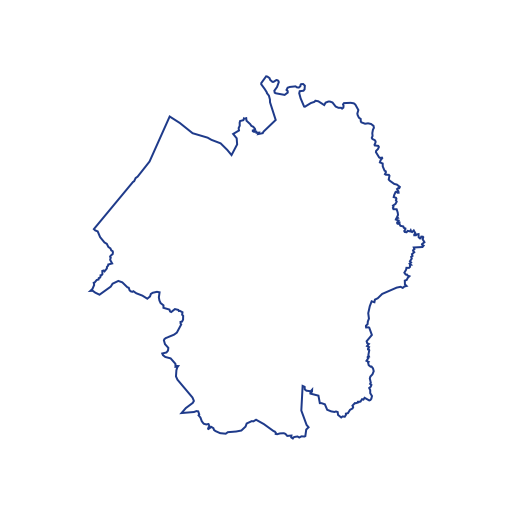 outline of Jolalpan, Puebla, Mexico, rotated 112°
{"feature_id": "50627088B30927628561887", "entity_name": "Jolalpan", "entity_type": "district", "adm_level": 2, "iso_a3": "MEX", "parent_name": "Mexico", "parent_adm1": "Puebla", "projection": "mercator", "projection_center": [-98.941, 18.299], "detail": "fine", "context": "isolated", "style": "outline", "palette": "blue", "viewbox_px": 512, "rotation_deg": 112, "n_neighbors": 0, "source": "geoboundaries", "source_scale": "gbopen_adm2", "svg_char_len": 6087}
<svg xmlns="http://www.w3.org/2000/svg" viewBox="0 0 512 512"><g transform="rotate(112 256 256)"><path d="M94.8,315.5L97.9,310.5L100.3,307.2L100.9,306.9L102.5,304.1L105.7,301.7L108.2,300.6L122.5,288.7L137.8,295.6L139.6,295.8L142.1,299.6L140.5,299.5L141.6,301.7L140.6,302.3L141.6,304.3L141.5,305.7L140.8,306.0L139.2,304.1L138.4,304.7L137.2,307.0L137.1,309.0L135.9,310.8L134.1,315.5L131.9,316.7L133.1,318.3L133.0,318.7L134.8,318.6L136.8,321.3L138.5,321.1L141.3,319.9L143.9,320.0L146.0,318.8L151.4,322.9L154.1,318.0L159.6,315.3L171.6,316.5L168.4,322.4L164.8,331.0L165.0,340.8L164.4,345.2L165.9,360.8L161.2,376.5L159.0,388.3L208.3,390.1L226.8,395.5L228.8,396.8L232.3,397.0L233.4,397.8L291.8,416.4L292.5,414.7L292.5,412.0L296.9,407.6L300.2,401.6L300.6,398.9L302.9,396.3L303.5,393.8L305.0,392.3L305.2,390.8L306.0,390.1L307.9,389.6L310.3,390.9L311.4,391.0L311.9,390.1L314.2,389.8L316.8,386.6L319.2,389.8L320.3,389.5L322.0,390.1L323.4,389.6L327.0,390.7L326.5,391.8L327.4,392.9L330.4,391.6L331.6,392.0L332.1,392.9L333.7,392.4L334.8,392.7L335.4,393.5L336.8,393.2L337.9,394.7L341.1,395.7L341.6,396.4L343.5,395.2L347.8,395.3L350.4,396.5L349.4,394.4L350.2,391.3L350.5,386.6L338.8,379.2L335.4,378.6L330.7,374.3L330.5,370.1L333.2,363.5L333.1,362.1L335.1,360.4L335.7,359.0L335.5,357.2L334.6,356.5L335.4,353.1L335.3,346.5L336.3,340.8L333.2,339.1L330.6,339.3L328.8,338.0L326.3,334.4L325.8,331.8L330.7,330.6L333.4,328.9L335.4,326.8L336.4,323.3L338.7,322.4L338.1,316.2L339.6,314.9L339.7,313.6L335.6,311.3L335.1,307.9L335.9,306.9L335.4,306.1L335.7,303.1L338.1,302.5L338.8,301.1L342.3,299.8L344.5,300.0L345.4,301.3L346.9,300.6L347.5,299.7L356.7,300.7L359.6,302.5L366.0,309.0L367.5,309.8L368.7,309.8L371.8,307.4L374.0,302.9L375.3,302.5L376.8,302.2L379.0,302.9L381.5,306.4L382.8,305.1L383.6,302.3L382.9,296.8L386.1,290.4L387.8,289.6L387.7,289.0L388.9,289.1L388.6,287.9L387.4,287.5L387.2,286.9L388.8,287.3L391.8,287.0L397.6,285.1L400.1,282.5L411.0,261.9L413.1,259.8L413.7,259.3L415.9,259.6L423.3,264.1L429.5,266.2L423.9,255.1L422.1,253.1L421.7,251.4L424.1,249.3L425.2,249.6L426.6,247.0L429.5,244.4L430.6,242.6L431.1,241.5L430.8,239.0L429.6,237.1L431.5,235.1L432.4,235.8L434.1,235.7L434.2,235.3L431.2,233.4L431.6,231.0L433.0,229.8L433.5,228.0L433.7,222.9L432.1,217.5L429.9,216.1L426.2,208.7L423.3,204.2L418.1,201.8L414.8,201.9L410.7,198.1L410.3,196.5L407.8,194.6L408.9,185.8L411.8,174.0L411.7,173.0L412.4,171.5L413.6,171.1L413.3,169.6L411.5,167.3L409.9,163.8L409.9,162.1L411.1,159.6L409.2,155.9L411.0,155.4L411.4,153.5L410.0,153.2L409.1,152.1L407.8,149.9L408.1,147.9L406.2,146.3L405.2,143.4L404.5,142.8L398.1,144.4L395.1,143.1L393.7,145.8L382.3,156.1L359.0,164.1L359.1,161.9L361.4,160.8L362.0,158.8L360.9,154.6L359.0,153.9L360.8,153.3L362.7,154.3L363.2,154.0L362.1,145.8L368.5,141.7L367.9,140.1L367.7,136.6L371.9,132.4L371.9,128.1L371.2,124.8L370.2,123.6L370.1,121.8L372.6,120.4L373.8,116.5L372.3,115.6L371.8,113.5L369.6,113.1L368.5,113.6L367.3,111.9L363.4,111.2L361.2,109.4L359.7,109.3L358.6,110.5L355.3,109.2L355.2,108.4L353.4,106.3L352.9,106.7L351.9,104.6L349.0,104.0L348.9,102.6L346.8,102.2L347.5,96.9L346.7,96.0L345.2,95.6L342.4,96.0L340.4,98.7L337.5,99.9L336.0,101.6L334.3,100.7L332.3,100.7L331.8,102.3L330.5,102.1L326.9,104.6L324.9,104.8L322.1,103.7L318.7,103.7L316.4,105.4L315.2,107.5L315.7,108.3L315.0,110.6L312.8,112.2L312.0,111.9L311.8,114.3L308.6,113.6L308.3,114.4L307.6,114.6L306.9,113.6L305.8,114.7L300.9,115.7L300.3,116.4L300.6,117.2L300.2,117.4L298.1,117.1L297.9,119.3L295.3,118.4L295.2,120.2L293.6,121.5L285.8,119.0L280.0,124.2L280.0,125.0L281.0,127.1L280.1,127.7L279.4,127.9L277.4,127.0L274.8,127.8L271.8,127.8L267.0,130.5L259.9,131.7L254.7,131.8L254.5,128.9L251.9,129.4L249.6,127.3L243.9,124.8L232.6,113.7L230.4,110.4L230.6,108.0L228.7,107.0L227.4,105.2L226.5,107.3L223.1,108.8L221.7,107.3L219.4,107.1L217.3,106.2L217.3,108.4L216.7,109.1L217.1,110.3L215.9,112.2L212.4,111.7L210.6,112.1L209.7,109.7L208.3,109.1L206.7,109.9L206.1,109.0L205.5,110.7L203.9,109.8L203.2,111.3L200.1,110.6L198.7,111.8L197.3,110.9L195.9,112.1L193.2,110.7L192.3,112.4L191.4,112.4L190.4,111.7L189.0,112.9L185.3,105.0L183.6,104.5L183.3,106.4L182.7,106.5L180.1,105.0L178.1,107.7L175.9,108.0L175.6,108.6L176.1,110.0L178.0,110.1L178.3,110.5L177.7,112.2L174.8,113.5L175.8,115.0L176.9,115.5L177.5,117.0L176.9,117.3L175.1,116.9L173.2,119.3L175.3,120.2L175.3,121.2L174.2,122.2L175.5,122.4L175.9,124.8L177.6,125.3L178.0,127.1L177.3,127.9L175.4,127.5L174.5,127.8L174.5,129.5L173.4,130.5L173.9,133.4L172.7,134.9L171.7,135.3L173.0,136.4L172.9,137.2L172.0,137.7L170.5,136.7L169.7,136.9L169.8,140.0L168.5,140.0L167.5,138.7L166.9,139.8L164.7,139.7L162.5,141.0L160.0,143.1L161.1,146.1L160.1,147.1L158.9,146.9L158.0,147.9L155.5,146.2L152.9,145.9L151.9,147.2L150.4,147.2L149.6,148.0L149.8,150.4L147.8,150.7L144.5,150.6L143.9,150.2L144.3,148.3L143.9,147.5L142.8,148.1L141.1,150.3L139.8,149.6L139.5,148.6L138.1,148.5L137.0,152.2L137.4,154.8L136.1,160.1L135.4,161.6L131.6,162.3L131.0,163.2L132.0,166.1L131.8,167.1L129.9,166.9L128.9,167.4L128.7,168.8L125.5,172.0L122.8,173.2L122.8,176.2L120.6,176.4L118.0,175.6L117.6,176.0L118.6,177.9L118.5,178.7L114.8,183.7L113.5,184.0L111.2,183.0L108.9,182.9L108.1,183.9L109.0,187.3L108.4,187.8L106.0,187.7L104.9,188.1L104.1,189.3L103.9,191.9L103.1,192.9L101.0,192.9L98.5,194.2L95.0,194.9L93.0,194.7L91.3,195.8L90.5,198.8L91.0,201.8L92.5,204.4L92.6,208.4L91.9,209.3L89.7,210.3L89.2,212.4L87.2,214.6L86.0,215.4L82.3,215.8L78.4,220.6L77.8,222.5L78.5,225.6L81.3,231.7L82.8,232.1L83.9,231.1L85.7,230.6L87.1,231.4L86.7,232.6L87.7,235.1L87.6,238.1L85.0,242.6L85.1,245.3L85.7,246.8L87.7,248.9L90.5,249.3L89.2,256.2L89.8,259.1L91.2,259.6L93.6,262.4L99.3,266.6L99.4,267.4L93.1,273.7L88.9,276.9L86.8,277.2L85.0,273.9L83.3,273.4L79.8,274.5L78.9,276.6L79.7,278.5L80.5,278.8L82.0,278.5L83.8,279.4L84.3,281.2L83.9,282.9L86.6,288.0L88.1,289.7L90.6,289.9L91.2,288.4L92.6,287.8L95.9,289.8L97.7,298.5L97.6,299.8L95.9,300.9L91.4,299.8L86.3,300.0L85.5,300.6L85.0,301.7L85.2,303.0L88.0,305.0L88.4,306.0L87.4,308.8L86.0,310.1L85.4,312.6L85.6,313.9L93.7,315.9L94.8,315.5Z" fill="none" stroke="#1e3a8a" stroke-width="2"/></g></svg>